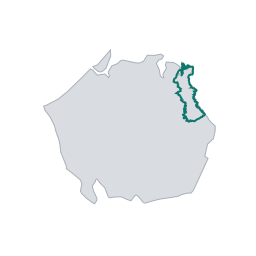 location of Kambia, Northern, Sierra Leone, rotated 115°
{"feature_id": "65957751B7874629800584", "entity_name": "Kambia", "entity_type": "district", "adm_level": 2, "iso_a3": "SLE", "parent_name": "Sierra Leone", "parent_adm1": "Northern", "projection": "mercator", "projection_center": [-13.013, 9.222], "detail": "fine", "context": "in_parent", "style": "outline", "palette": "teal", "viewbox_px": 256, "rotation_deg": 115, "n_neighbors": 0, "source": "geoboundaries", "source_scale": "gbopen_adm2", "svg_char_len": 6459}
<svg xmlns="http://www.w3.org/2000/svg" viewBox="0 0 256 256"><g transform="rotate(115 128 128)"><path d="M210.9,126.3L210.8,128.0L209.2,136.0L206.7,142.8L205.1,144.5L198.1,146.2L195.2,149.2L192.6,158.9L191.0,166.5L188.6,167.8L178.3,178.7L171.6,182.9L167.0,186.4L162.5,191.1L157.0,195.6L151.0,203.2L146.7,211.2L143.8,213.6L141.6,211.4L131.4,203.6L120.7,198.3L97.8,189.6L90.2,187.1L90.5,184.0L93.1,178.3L88.8,171.7L90.5,166.8L88.8,166.8L85.6,169.7L78.6,168.9L74.0,164.7L70.2,163.2L68.5,161.1L66.1,150.1L64.4,145.1L60.9,142.1L53.9,141.3L51.0,134.6L47.1,129.4L47.7,126.2L50.9,126.4L53.4,128.7L57.4,129.7L62.3,124.0L66.8,121.0L67.8,118.3L67.3,116.8L64.6,119.1L57.2,118.5L55.4,120.6L52.1,121.2L49.5,114.6L49.6,110.7L50.7,106.5L58.1,105.7L58.8,104.4L53.6,103.4L47.1,98.5L46.0,95.0L49.2,93.9L52.2,94.4L54.9,95.1L57.8,93.9L60.5,92.0L62.1,89.6L64.3,83.1L71.3,81.0L75.4,77.0L79.3,70.9L81.1,66.6L82.7,64.4L83.7,62.5L84.5,60.5L86.2,58.6L88.1,54.0L89.3,49.9L93.4,47.9L101.6,46.1L109.0,49.1L121.1,46.5L121.7,42.6L132.7,42.5L145.8,42.4L156.6,42.4L160.4,43.4L161.7,46.3L165.3,50.9L169.0,54.1L173.7,61.0L179.0,69.1L184.9,76.4L188.6,80.3L189.0,81.7L188.8,83.3L186.9,87.0L185.3,91.0L185.5,92.5L186.6,93.2L192.7,94.5L193.2,98.9L193.2,105.1L196.2,110.9L199.0,115.1L198.9,116.6L192.0,123.8L189.3,131.0L188.0,133.0L187.4,134.6L188.8,135.4L190.7,134.9L193.3,135.5L195.9,135.7L199.2,133.1L204.8,126.5L206.7,125.7L210.9,126.3ZM88.0,184.4L87.2,185.8L83.5,182.2L64.7,176.9L70.0,174.1L83.1,173.2L87.0,174.9L88.7,176.3L89.4,178.9L88.0,184.4Z" fill="#d9dde1" stroke="#a8b0b8" stroke-width="1"/><path d="M92.9,83.7L92.7,82.7L93.2,81.9L93.1,81.1L93.1,80.7L93.3,80.3L93.6,80.3L93.6,80.9L94.0,81.1L94.3,81.7L94.7,81.9L95.1,81.9L95.4,81.8L95.6,81.4L95.4,81.0L94.7,80.6L94.4,80.3L94.2,79.9L94.2,79.3L94.7,78.9L94.9,78.2L95.2,77.8L95.5,77.5L95.9,77.8L96.0,78.2L96.1,78.3L96.4,78.3L96.8,78.1L96.6,77.5L96.2,76.9L96.2,76.5L96.6,75.6L96.3,75.2L95.9,74.9L95.3,74.8L94.9,74.8L94.6,74.5L95.0,73.8L94.9,73.3L94.0,72.3L93.9,70.8L93.6,70.4L93.0,70.2L91.2,69.2L89.3,67.5L88.5,67.0L87.3,66.4L86.9,65.7L86.7,65.5L86.1,65.5L85.6,65.4L85.4,65.2L85.1,65.2L85.1,64.8L84.6,64.4L84.1,64.4L83.3,64.0L83.0,64.2L83.0,64.7L82.7,65.0L82.4,66.1L82.1,66.3L82.1,66.5L82.4,67.2L82.3,67.4L81.8,67.2L81.3,67.5L80.9,68.0L81.0,68.2L81.3,68.5L81.5,68.9L81.4,69.4L80.7,70.5L80.3,71.1L80.1,71.3L80.2,71.6L80.1,71.8L79.9,71.9L80.1,72.1L79.9,71.9L79.7,72.1L79.7,72.8L79.5,73.2L79.8,73.5L79.3,73.8L79.6,74.4L79.4,74.5L79.3,75.1L79.1,75.0L78.8,74.6L78.5,74.6L78.1,74.9L78.0,75.2L77.9,75.6L78.1,75.9L78.1,76.1L77.9,76.1L77.6,75.9L77.4,75.8L77.2,75.7L77.1,75.8L76.8,75.9L76.3,75.6L75.8,75.5L75.7,75.8L75.4,76.2L75.4,77.0L75.6,77.5L75.5,77.8L75.8,78.0L75.8,78.6L75.7,78.8L75.1,79.0L74.5,78.8L74.4,78.8L74.5,79.1L74.5,79.3L74.2,80.0L73.7,80.4L73.9,80.9L73.6,81.2L72.9,81.3L72.5,82.0L71.7,81.5L71.1,81.8L71.0,81.7L70.8,81.7L70.6,81.8L70.4,82.3L70.3,82.1L69.9,81.7L69.7,81.5L69.4,81.8L69.1,81.8L68.6,81.6L68.2,82.0L68.3,82.3L68.4,82.6L68.1,82.7L67.7,82.7L67.5,82.8L67.1,83.4L67.0,83.1L66.8,83.1L66.7,82.9L66.7,82.6L66.5,82.4L66.3,82.1L66.2,82.1L65.8,81.9L65.2,81.7L64.5,82.3L64.8,83.0L64.8,83.5L64.4,84.1L64.2,84.5L64.4,84.6L64.2,84.5L64.1,84.8L64.5,85.5L64.4,87.5L64.5,87.7L64.3,87.6L63.6,88.1L63.4,88.5L62.5,89.9L62.6,90.3L62.1,90.9L59.7,92.5L59.2,93.0L58.0,93.2L57.4,93.5L57.0,94.3L56.9,94.7L56.6,94.9L56.1,95.0L55.0,94.9L54.2,94.9L53.9,94.3L52.9,93.5L52.3,92.3L51.3,92.4L51.1,92.3L47.9,93.8L45.9,94.4L45.2,95.1L45.1,95.3L46.5,98.0L46.2,98.0L46.0,98.3L45.9,98.3L45.8,98.8L45.9,99.0L45.8,100.2L45.9,100.3L46.1,100.5L46.3,100.4L47.0,100.6L47.4,100.6L47.7,100.4L47.9,99.2L48.0,99.2L48.1,99.5L48.1,100.3L48.6,100.5L48.4,100.9L48.9,100.8L49.0,100.7L49.0,100.3L49.2,100.0L49.3,100.0L49.4,100.6L50.8,101.9L51.2,102.6L52.0,102.8L53.2,102.9L53.4,102.8L53.6,102.6L54.0,102.4L54.3,102.1L54.5,101.8L55.2,101.5L55.5,101.5L56.2,101.6L57.4,101.8L57.3,102.0L57.0,102.0L56.0,101.8L55.6,102.1L55.2,102.6L54.4,103.5L53.9,103.7L53.4,103.8L52.2,103.5L52.2,103.8L51.4,103.7L51.1,103.8L51.2,104.0L51.9,104.2L52.8,104.8L54.0,105.9L54.6,106.1L55.6,106.3L57.4,106.2L57.9,106.4L58.9,106.4L59.5,106.2L60.9,106.0L61.3,105.8L62.1,105.9L64.0,106.8L64.6,106.8L65.7,106.4L66.3,106.4L66.8,106.2L66.7,103.7L66.2,103.2L65.8,102.5L66.1,102.3L66.4,101.9L66.8,101.8L67.3,101.3L67.7,101.1L67.7,100.8L68.5,100.7L69.3,100.5L69.6,100.4L69.6,100.0L69.4,99.6L69.4,99.3L69.6,99.1L69.6,98.6L69.9,98.1L70.2,96.8L70.6,97.0L70.9,97.0L71.6,96.2L72.3,96.0L73.2,96.9L74.0,97.5L74.0,97.8L74.6,98.1L74.8,98.1L75.1,98.1L75.5,98.5L76.0,98.8L75.9,98.2L75.7,97.9L75.3,97.8L75.3,97.4L76.1,96.7L76.5,96.5L76.6,96.3L76.8,95.9L76.4,95.2L76.8,94.3L77.5,93.7L77.9,93.1L78.0,92.7L78.5,92.2L78.7,91.8L80.3,91.8L80.5,91.5L80.4,90.9L80.1,90.4L80.5,90.4L80.9,89.7L81.1,88.5L80.7,87.5L80.6,87.1L80.7,86.7L81.4,86.1L81.7,86.1L82.0,86.4L82.4,86.1L82.7,86.0L83.1,85.6L83.2,84.9L83.4,84.8L83.7,84.8L83.9,85.1L83.9,85.4L84.1,85.8L85.3,85.4L85.7,85.4L86.1,85.2L86.4,85.0L85.9,84.0L86.0,83.9L86.5,83.8L86.9,83.9L87.1,84.2L86.8,84.7L86.5,85.0L86.9,85.2L87.2,85.3L87.6,85.1L87.8,84.3L87.9,84.0L88.5,83.4L88.3,82.7L88.5,82.6L89.4,84.1L89.8,83.9L89.9,83.7L90.0,82.6L90.4,83.0L90.8,83.0L91.4,82.8L91.9,83.0L92.7,83.8L92.9,83.7ZM50.4,102.5L50.1,102.3L49.8,102.4L49.4,102.6L49.2,102.8L49.2,102.6L49.0,103.0L48.8,103.0L48.9,103.4L49.3,103.9L49.6,104.0L49.3,104.1L49.2,104.0L49.2,104.3L49.8,104.1L49.9,103.9L51.2,103.5L51.2,103.3L50.7,103.0L50.4,102.5ZM54.0,103.4L54.3,103.4L54.6,102.8L55.3,102.3L55.6,101.8L55.0,101.9L54.5,102.1L54.3,102.8L53.9,103.3L54.0,103.4ZM47.9,103.7L47.7,103.7L47.7,103.8L47.9,103.8L47.7,103.9L47.8,104.0L47.7,104.1L47.8,104.2L47.8,104.3L47.9,104.8L48.2,104.7L48.0,104.9L48.3,105.1L48.9,104.7L49.1,104.4L48.9,104.2L48.9,104.5L48.7,104.4L48.5,104.5L48.4,104.4L48.1,103.9L47.9,103.7ZM47.2,105.1L47.0,104.6L46.7,104.7L46.7,104.8L46.9,104.9L46.9,105.1L46.7,105.2L46.8,105.3L47.2,105.1ZM51.3,102.9L50.9,102.6L50.7,102.6L50.9,102.9L51.0,103.0L51.3,102.9ZM47.6,106.0L47.6,105.8L47.2,105.8L47.0,106.1L47.5,106.0L47.4,106.1L47.6,106.0ZM48.6,103.6L48.6,103.4L48.4,103.4L48.4,103.5L48.5,103.7L49.0,103.9L48.8,103.6L48.6,103.6ZM51.2,103.4L51.7,103.3L51.8,103.1L51.4,103.2L51.2,103.4ZM47.2,103.2L46.8,103.0L47.2,103.2ZM53.4,103.1L53.0,103.1L53.3,103.2L53.4,103.1ZM47.4,103.8L47.4,103.5L47.2,103.7L47.4,103.8ZM49.5,101.9L49.3,101.9L49.2,101.9L49.5,102.0L49.5,101.9ZM49.2,103.9L49.1,103.7L49.0,103.8L49.2,103.9ZM48.9,104.1L49.0,104.0L48.8,104.0L48.9,104.1Z" fill="none" stroke="#0f766e" stroke-width="2"/></g></svg>